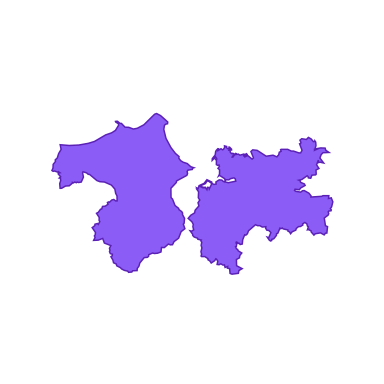 outline of Dytikis Elladas, Dytiki Ellada, Greece, rotated 116°
{"feature_id": "26713481B45081925310995", "entity_name": "Dytikis Elladas", "entity_type": "district", "adm_level": 2, "iso_a3": "GRC", "parent_name": "Greece", "parent_adm1": "Dytiki Ellada", "projection": "albers", "projection_center": [21.426, 38.276], "detail": "fine", "context": "isolated", "style": "filled", "palette": "violet", "viewbox_px": 384, "rotation_deg": 116, "n_neighbors": 0, "source": "geoboundaries", "source_scale": "gbopen_adm2", "svg_char_len": 6061}
<svg xmlns="http://www.w3.org/2000/svg" viewBox="0 0 384 384"><g transform="rotate(116 192 192)"><path d="M292.0,213.8L290.3,211.0L288.9,210.9L286.7,206.9L284.7,207.7L281.9,207.2L278.7,207.8L271.9,206.2L270.3,203.5L268.9,202.8L267.3,203.4L264.1,200.6L263.8,198.9L262.1,196.1L259.5,193.6L255.2,195.1L254.1,192.5L249.1,190.4L249.0,188.3L247.9,186.4L244.5,186.4L239.4,183.8L232.4,184.4L228.1,182.3L224.7,185.7L223.5,185.4L219.0,187.1L216.5,190.6L215.0,191.3L214.1,192.7L213.6,195.8L212.5,197.0L211.6,201.3L206.9,206.4L206.2,208.4L197.9,212.6L190.5,210.3L188.8,210.7L179.3,203.9L177.3,204.1L175.7,205.4L174.1,205.2L171.6,201.6L170.3,201.9L169.4,201.0L169.8,204.2L168.5,208.7L169.1,213.0L168.8,215.9L167.4,218.7L165.8,219.2L164.6,223.8L161.3,230.4L155.2,238.9L148.1,244.8L144.1,246.0L142.5,245.3L141.4,243.9L139.7,244.5L137.1,253.7L137.0,258.2L138.5,259.7L152.7,264.7L158.7,269.1L161.1,272.3L161.6,277.2L163.1,280.6L161.3,285.5L161.9,286.9L161.1,289.9L161.7,291.2L162.1,291.7L162.6,291.1L162.9,288.2L164.0,287.2L170.2,287.8L174.2,290.3L178.5,294.6L189.3,301.8L193.7,306.5L199.4,314.3L204.0,322.7L207.3,331.2L211.1,328.3L215.9,328.7L220.5,328.0L223.1,329.0L224.5,328.1L228.0,328.9L231.5,327.4L234.1,327.3L234.3,325.9L233.4,324.8L233.0,321.3L232.3,321.1L232.6,319.1L233.7,320.4L234.4,320.2L235.9,316.7L237.6,317.4L237.3,316.3L239.3,315.0L242.4,314.6L246.5,312.2L245.8,310.8L242.1,308.3L240.2,305.0L236.5,303.4L235.8,303.7L235.8,302.5L234.4,301.7L234.4,300.1L233.4,299.6L233.2,298.1L231.6,295.9L226.2,296.1L222.8,298.7L221.6,298.8L221.0,295.2L221.6,293.0L221.1,291.7L223.4,282.5L223.1,279.3L221.4,275.0L221.1,267.5L223.2,262.6L226.7,260.0L228.4,257.7L232.8,255.4L233.5,256.8L233.0,259.0L234.4,260.6L237.4,261.7L237.4,262.5L238.5,263.4L239.8,262.1L242.7,263.7L244.2,266.1L246.9,265.7L247.6,266.7L251.3,267.3L253.0,268.5L255.6,264.2L258.2,263.1L259.0,261.9L262.2,262.0L261.8,263.2L263.5,265.1L264.8,264.6L267.8,266.1L270.6,261.1L272.9,260.2L274.3,260.5L275.2,259.2L278.6,259.2L276.4,255.2L272.9,251.9L276.3,248.4L275.7,241.4L278.8,241.5L280.3,240.2L281.8,240.0L283.2,238.4L282.8,236.3L284.3,235.7L285.7,236.5L287.8,233.3L290.0,231.5L289.9,228.5L291.3,227.3L291.4,223.1L292.0,221.8L292.1,218.5L291.3,215.1L292.0,213.8ZM137.9,72.7L139.0,73.5L144.4,82.9L143.3,83.3L141.8,86.4L141.5,91.8L142.4,93.2L144.5,94.3L145.9,99.0L145.7,100.5L144.3,100.6L142.9,96.5L140.8,96.1L136.5,93.2L135.5,94.5L135.7,98.7L134.4,99.8L134.5,101.1L132.7,98.8L126.9,95.6L127.2,94.5L128.3,93.6L127.6,91.3L124.3,91.6L122.4,88.4L121.5,88.2L117.9,90.2L115.2,88.2L112.9,92.0L107.9,92.4L110.3,91.4L109.1,90.1L108.2,86.4L105.4,91.9L101.8,92.3L99.3,91.5L96.4,86.2L95.8,90.1L94.2,91.6L96.0,95.7L98.6,99.2L99.1,99.7L98.8,98.5L100.7,100.1L96.0,100.9L92.9,102.7L92.2,104.0L92.8,103.8L93.5,105.0L92.1,108.1L91.9,111.3L94.6,112.2L96.0,116.7L98.1,117.7L99.6,115.9L100.8,115.6L101.5,116.4L106.3,111.4L109.2,111.5L110.0,113.0L110.7,118.6L111.7,120.8L111.7,124.7L114.6,130.6L115.1,130.9L116.4,129.7L118.0,131.0L120.5,130.4L123.2,131.1L123.4,135.3L127.3,141.0L126.0,151.7L127.5,155.9L129.8,156.8L133.8,152.3L134.6,151.7L136.1,152.4L134.8,157.9L136.4,159.2L134.1,158.9L133.7,159.8L135.2,160.6L134.5,161.5L136.9,160.3L136.9,161.3L135.5,162.4L137.9,165.1L137.6,166.9L138.9,168.8L138.1,169.0L138.2,169.7L142.8,170.6L143.0,171.2L142.2,171.2L139.3,170.4L139.3,172.3L140.1,172.7L139.7,174.8L137.9,176.1L138.3,177.2L137.1,177.3L136.9,174.9L136.2,175.2L135.2,177.9L135.5,178.4L136.4,177.5L137.4,179.0L136.8,180.6L135.9,180.8L136.3,183.0L137.6,182.2L139.9,182.4L140.7,183.1L140.4,184.9L143.7,187.0L143.1,188.0L141.8,187.5L141.4,186.4L141.7,187.7L143.8,188.4L145.2,188.5L148.6,187.4L153.1,188.4L154.7,187.7L150.1,186.2L151.0,184.6L151.7,184.2L152.2,185.4L152.9,183.9L156.7,182.1L156.8,180.6L155.9,179.5L156.9,178.6L159.4,179.0L159.9,177.0L163.9,175.1L165.9,175.1L165.0,174.6L165.7,168.4L167.7,167.0L166.1,166.9L164.9,164.2L163.1,163.2L160.9,160.5L161.1,159.0L163.1,157.4L167.7,163.4L168.8,168.4L168.2,170.4L169.2,172.9L172.5,174.9L174.3,173.8L175.6,175.7L175.5,177.8L174.4,178.6L174.4,183.9L174.8,183.9L175.5,178.5L176.9,177.8L181.6,177.8L180.5,178.6L181.0,180.1L183.4,179.6L182.2,181.8L183.4,184.0L183.5,188.4L186.1,188.0L186.2,189.4L186.8,188.4L187.3,189.1L188.9,186.2L194.4,183.8L195.8,181.5L199.0,181.9L201.5,179.7L207.0,181.2L209.6,180.5L213.4,182.9L217.4,183.9L218.8,179.0L220.5,176.7L222.8,176.0L225.3,173.9L227.3,175.1L227.7,176.7L229.6,173.0L230.8,172.2L231.5,170.3L231.1,166.9L231.9,166.0L231.1,162.6L232.0,162.6L232.9,161.2L236.0,160.4L237.9,158.6L241.7,157.8L243.7,156.1L245.6,155.8L245.8,154.9L244.4,152.1L244.9,148.5L245.9,147.9L246.1,145.8L247.4,143.6L243.8,141.5L241.6,141.3L241.6,140.6L242.9,138.5L246.1,137.7L245.5,135.8L243.9,134.6L244.1,132.1L243.3,130.9L245.3,129.2L243.3,127.3L244.9,126.8L244.4,124.6L248.5,122.1L248.3,120.0L244.8,114.7L242.0,115.4L238.9,113.3L238.7,119.6L233.2,122.5L230.4,120.5L228.1,121.2L225.0,120.5L224.6,124.7L223.6,125.8L223.6,127.1L222.0,128.9L221.4,128.3L219.0,129.1L218.5,130.1L217.5,130.2L217.4,128.9L218.0,127.9L217.4,127.1L218.1,125.7L216.7,124.0L212.7,125.5L207.4,125.9L207.2,124.7L205.3,123.9L202.1,124.2L193.6,120.6L193.5,118.3L192.5,116.2L192.7,113.5L190.8,110.4L192.2,110.0L193.5,108.1L192.9,105.9L193.9,103.3L199.4,103.0L199.6,104.5L201.4,101.4L201.6,99.9L200.7,99.1L199.7,99.6L198.2,98.0L194.0,97.1L192.4,97.7L191.4,96.8L185.9,97.1L186.1,96.1L184.8,95.1L185.2,94.0L184.1,89.2L185.1,88.6L185.1,86.8L186.3,85.1L183.8,84.5L180.8,82.0L179.1,82.3L176.4,81.1L175.5,79.4L173.1,77.9L172.2,78.6L169.9,77.2L170.2,74.9L172.1,73.2L172.2,72.2L175.4,71.7L174.3,70.5L174.8,70.3L174.6,68.1L175.7,67.3L177.3,63.5L175.5,62.9L172.4,58.6L172.6,54.4L170.5,54.0L169.8,52.8L163.7,55.0L163.8,57.3L157.4,61.7L153.0,59.5L151.5,59.6L150.1,60.9L149.2,60.7L147.9,58.8L147.0,59.0L146.3,60.4L144.2,60.0L139.1,61.1L136.2,64.3L138.0,66.5L135.3,67.4L137.9,72.7ZM183.4,184.0L182.1,182.2L181.5,181.9L182.6,183.1L183.2,186.5L182.8,187.2L178.4,183.5L176.7,184.1L176.7,183.4L175.5,183.1L175.0,184.1L178.9,184.9L182.9,188.2L183.4,188.0L183.4,184.0Z" fill="#8b5cf6" stroke="#5b21b6" stroke-width="1.5"/></g></svg>